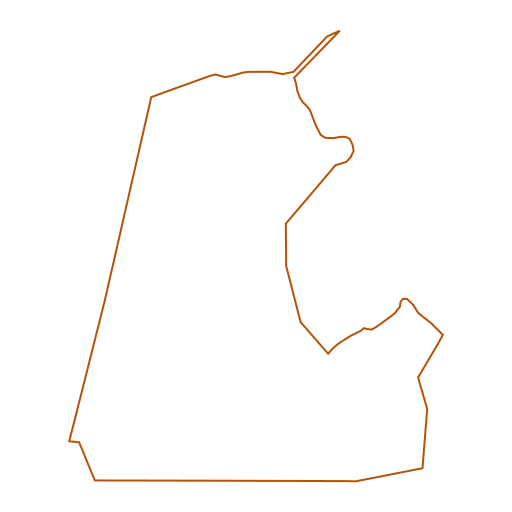 the district of Campo Alegre do Fidalgo, Piauí, Brazil
{"feature_id": "56859067B37876647351724", "entity_name": "Campo Alegre do Fidalgo", "entity_type": "district", "adm_level": 2, "iso_a3": "BRA", "parent_name": "Brazil", "parent_adm1": "Piauí", "projection": "natural_earth1", "projection_center": [-41.776, -8.244], "detail": "fine", "context": "isolated", "style": "outline", "palette": "amber", "viewbox_px": 512, "rotation_deg": 0, "n_neighbors": 0, "source": "geoboundaries", "source_scale": "gbopen_adm2", "svg_char_len": 1028}
<svg xmlns="http://www.w3.org/2000/svg" viewBox="0 0 512 512"><path d="M210.4,75.7L162.7,92.9L151.2,97.2L146.9,116.2L113.8,261.2L110.9,273.8L104.5,301.7L75.3,417.5L69.2,441.3L79.1,442.2L94.8,480.4L106.8,480.5L111.3,480.5L115.0,480.5L211.6,480.7L345.8,481.1L355.9,481.3L422.5,468.2L427.2,409.0L418.1,377.5L438.5,342.9L442.8,334.9L431.5,323.5L418.2,313.0L413.4,305.1L407.1,299.0L402.9,298.8L400.5,302.0L399.8,306.9L394.3,313.7L381.8,323.0L376.4,326.8L371.7,329.6L367.6,329.1L363.9,328.2L360.6,330.9L351.7,335.2L346.6,338.4L339.8,342.7L336.4,345.2L332.2,349.0L328.1,353.7L300.6,322.1L286.2,266.0L285.8,223.7L305.3,200.8L335.5,165.2L346.3,161.9L350.8,157.0L353.6,150.8L352.6,144.9L349.7,138.8L345.7,136.9L340.5,136.8L333.5,138.1L325.6,137.9L320.7,135.0L315.5,124.8L310.0,110.1L306.7,106.0L303.3,102.7L300.0,98.1L297.5,91.5L296.1,83.8L294.2,77.7L339.8,30.7L327.1,36.5L293.4,71.9L282.5,74.1L270.6,71.8L263.4,71.8L248.6,71.9L243.4,72.5L231.3,75.9L225.1,77.1L215.5,74.5L210.4,75.7Z" fill="none" stroke="#b45309" stroke-width="2"/></svg>